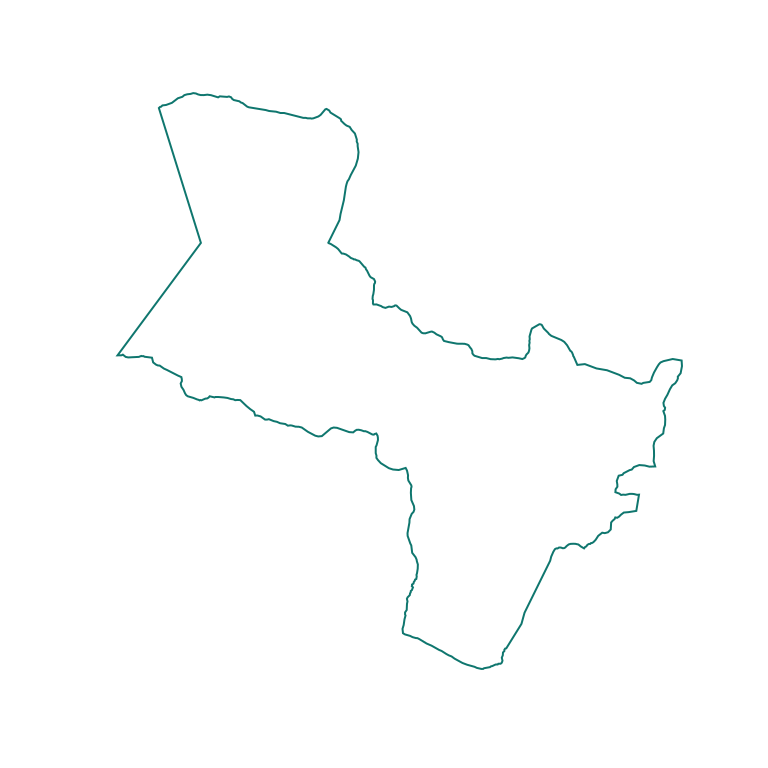 the district of Molinos, Salta, Argentina, rotated 104°
{"feature_id": "61730980B63550758975873", "entity_name": "Molinos", "entity_type": "district", "adm_level": 2, "iso_a3": "ARG", "parent_name": "Argentina", "parent_adm1": "Salta", "projection": "albers", "projection_center": [-66.4, -25.575], "detail": "fine", "context": "isolated", "style": "outline", "palette": "teal", "viewbox_px": 768, "rotation_deg": 104, "n_neighbors": 0, "source": "geoboundaries", "source_scale": "gbopen_adm2", "svg_char_len": 6152}
<svg xmlns="http://www.w3.org/2000/svg" viewBox="0 0 768 768"><g transform="rotate(104 384 384)"><path d="M627.2,203.2L626.4,202.5L625.3,202.2L623.8,202.1L621.1,203.5L618.5,203.1L615.7,203.6L614.0,202.6L612.7,202.9L611.4,202.4L610.9,201.4L583.5,192.6L571.9,192.3L515.3,180.0L511.1,180.0L505.8,179.1L502.9,178.2L501.8,177.0L501.6,175.8L500.3,174.6L499.9,172.9L500.1,170.7L499.6,169.4L498.7,168.5L497.2,167.7L495.0,166.0L494.0,164.3L493.3,162.0L492.8,159.9L492.7,156.5L494.0,153.8L495.1,150.1L493.6,149.5L492.6,148.4L490.8,147.7L489.6,146.4L489.2,145.1L488.3,144.7L487.8,143.5L486.7,142.5L484.1,141.0L479.5,139.4L475.5,136.3L475.3,133.7L473.7,130.8L470.3,128.8L463.4,130.1L461.2,129.0L459.3,127.6L457.5,127.3L457.4,125.4L455.9,123.9L453.4,122.4L450.7,120.2L449.2,115.8L446.1,108.5L429.7,109.8L430.3,111.6L430.3,114.8L430.6,116.8L431.2,119.1L433.1,122.8L433.5,125.2L434.3,127.1L433.4,129.2L433.0,133.3L430.1,133.8L427.2,132.7L425.0,133.3L421.8,134.7L416.2,134.1L414.4,130.6L412.6,129.9L408.1,124.8L407.1,122.9L404.1,121.4L400.9,116.7L400.0,111.3L400.0,106.5L398.4,100.9L393.6,103.7L388.3,104.6L383.4,105.9L378.7,107.5L374.8,107.7L370.6,106.2L364.5,101.1L359.2,101.7L355.8,101.4L350.5,102.5L347.0,103.6L342.7,106.4L341.2,105.3L339.0,105.5L337.6,107.1L334.7,108.3L330.3,107.7L325.9,106.4L319.9,105.3L315.6,104.0L312.8,101.6L309.5,100.4L307.4,100.2L305.8,100.7L301.8,98.8L294.6,99.2L289.2,100.9L289.9,109.9L294.2,118.3L296.2,120.9L298.4,122.1L301.7,123.2L307.6,124.8L312.8,125.6L315.6,125.6L317.7,126.7L320.2,132.7L321.5,134.1L321.7,138.9L320.0,142.3L318.9,146.5L319.7,151.9L318.2,158.1L316.7,170.9L317.5,181.6L316.1,193.9L318.7,201.0L311.8,206.3L311.0,207.2L310.2,207.5L307.9,209.2L307.1,210.2L306.7,211.3L302.1,215.7L299.5,219.3L298.4,222.6L296.8,233.3L295.5,236.1L294.7,237.0L291.5,242.4L288.6,245.1L288.3,246.0L288.3,247.3L288.5,247.8L294.3,253.8L295.7,254.1L302.6,254.3L305.3,253.4L307.0,253.4L308.7,252.7L311.1,252.6L314.2,251.5L316.5,251.3L318.6,251.5L320.7,252.8L322.2,253.3L323.6,253.3L324.7,253.8L326.3,255.8L326.4,259.4L327.1,265.7L328.5,269.6L328.7,271.5L329.9,274.3L330.8,275.5L332.1,278.2L332.1,279.5L333.1,281.7L334.1,286.5L334.1,291.0L335.1,295.0L334.7,303.0L334.1,304.2L333.0,305.6L330.7,306.3L328.7,307.9L328.0,309.0L325.9,311.4L325.6,312.8L325.5,315.6L327.2,322.8L327.7,331.3L327.7,336.2L326.5,337.6L324.6,339.0L324.0,340.4L323.1,345.1L322.0,347.6L321.5,350.2L322.1,351.6L324.8,356.1L325.3,358.2L325.1,360.0L321.4,365.5L320.1,368.7L318.5,371.0L317.2,372.1L314.0,373.6L311.8,375.1L308.8,378.7L307.9,385.3L306.9,387.4L304.9,390.8L304.9,391.7L305.3,392.6L306.0,393.0L307.4,395.3L307.7,397.9L309.8,401.0L309.7,404.0L309.1,405.5L308.6,410.5L309.4,413.5L308.6,414.2L305.2,415.0L304.3,415.7L301.3,416.2L299.5,416.1L295.1,416.5L290.6,417.6L289.1,417.6L288.1,417.2L286.7,417.4L284.6,419.1L283.6,422.8L282.4,424.3L278.0,428.0L277.2,429.1L275.5,430.2L275.1,431.5L270.9,437.4L270.6,438.2L270.5,440.6L270.1,442.2L270.4,443.4L270.1,443.9L269.7,446.8L268.8,448.5L267.5,452.2L267.3,454.9L267.6,456.6L264.1,461.2L263.0,463.5L261.0,469.6L260.7,471.9L260.4,472.2L235.7,466.8L229.6,467.3L215.5,467.4L201.9,468.7L199.0,468.7L196.2,468.5L193.9,467.6L189.3,466.8L178.9,464.2L171.7,463.9L165.2,464.8L159.6,467.1L157.2,467.7L155.4,469.1L153.4,469.5L148.0,472.8L145.3,476.9L142.8,479.5L142.3,482.9L141.3,485.2L139.0,489.2L137.6,489.8L136.9,491.2L133.6,501.6L131.9,503.3L131.0,506.3L131.7,507.4L138.2,510.6L140.3,512.4L143.3,516.8L144.0,518.5L144.0,519.7L144.7,522.3L144.7,524.2L145.3,526.6L145.2,546.4L146.1,550.0L145.9,554.6L146.9,561.5L146.8,565.0L148.2,582.0L148.0,583.8L145.6,589.2L145.5,590.9L144.7,592.7L144.8,598.5L144.0,600.4L142.8,601.7L142.5,604.0L143.4,605.7L144.6,612.9L146.0,614.3L145.6,621.8L146.0,625.4L147.3,628.8L148.0,631.9L148.0,634.5L147.6,636.8L147.9,639.5L149.3,641.8L150.5,645.0L152.0,647.6L154.1,649.1L156.6,653.1L162.5,657.8L166.0,663.0L167.3,666.4L168.9,667.4L169.3,668.3L170.7,669.2L291.4,595.8L420.7,649.5L419.6,645.5L418.7,644.5L420.2,641.2L420.1,638.6L417.0,628.4L415.5,626.3L415.6,625.7L415.1,624.0L415.5,623.1L414.6,615.5L418.9,613.2L420.4,609.8L420.7,607.9L420.4,606.1L422.3,601.2L422.9,597.9L425.7,585.9L426.3,582.3L428.1,581.4L430.0,580.8L432.7,581.4L435.7,579.9L438.1,577.2L441.2,574.8L442.7,573.2L443.4,571.4L443.6,565.8L444.2,561.5L444.2,560.2L444.5,558.9L444.0,558.4L444.0,557.2L441.4,553.8L440.8,552.1L439.6,550.9L438.1,550.2L438.0,545.1L437.4,544.5L436.7,541.6L435.8,536.2L435.4,532.5L435.6,528.7L435.3,526.5L435.7,524.5L434.9,522.2L434.4,519.5L438.6,512.2L440.7,507.8L442.4,503.4L445.8,501.3L445.2,499.1L445.3,495.9L447.3,490.8L446.9,489.0L446.0,487.2L446.7,482.1L446.6,478.7L447.2,475.4L446.7,470.1L447.7,467.2L446.8,464.9L446.6,463.4L446.8,459.5L446.1,456.4L446.1,453.3L448.8,446.3L450.8,438.2L450.8,435.1L449.6,431.7L439.9,424.7L438.4,422.3L437.9,419.0L439.1,406.1L438.4,402.2L436.2,400.6L435.0,399.3L434.5,397.4L434.4,394.9L434.7,391.9L434.3,390.9L434.5,388.5L435.8,383.1L435.6,381.6L434.8,381.0L433.9,379.5L435.8,377.7L437.7,376.9L439.9,376.3L445.4,376.4L447.1,376.8L453.1,375.3L455.3,374.0L457.5,373.5L459.3,371.4L461.6,367.9L464.5,358.9L464.8,354.6L463.9,348.9L460.2,342.7L462.5,340.7L466.7,338.6L469.3,338.1L471.8,337.0L475.7,333.0L477.1,332.4L478.6,332.5L483.1,331.6L490.0,329.4L495.2,325.4L498.5,324.2L500.9,324.4L503.3,325.7L508.9,326.5L512.4,325.8L523.0,325.1L525.7,324.3L532.4,319.9L534.0,318.5L541.0,315.8L544.4,311.5L546.5,309.9L548.1,309.2L550.9,307.5L555.1,306.6L559.6,306.2L561.4,306.3L562.8,305.7L565.4,305.5L566.2,306.5L567.6,306.6L569.0,307.2L570.5,307.1L571.8,308.3L572.6,308.0L573.4,308.1L574.3,306.7L577.3,307.1L578.3,307.9L579.9,307.7L580.8,308.1L582.6,307.9L585.3,309.5L586.9,309.8L589.3,308.6L591.8,308.5L597.8,307.3L600.5,308.3L602.5,307.8L603.4,307.1L607.2,307.2L613.1,306.6L617.1,306.8L621.2,305.3L621.9,303.1L622.1,297.7L622.7,295.1L622.8,291.6L622.5,290.1L622.9,288.3L625.5,279.9L626.4,274.5L628.7,266.2L629.1,263.5L630.9,258.2L631.6,255.5L632.0,252.5L633.4,249.1L635.7,240.4L636.3,235.4L636.5,227.7L637.0,225.2L636.9,220.5L636.4,218.8L635.6,218.2L633.1,212.7L632.0,211.8L631.5,210.7L629.2,207.9L628.6,205.8L627.8,205.4L627.2,203.2Z" fill="none" stroke="#0f766e" stroke-width="2"/></g></svg>